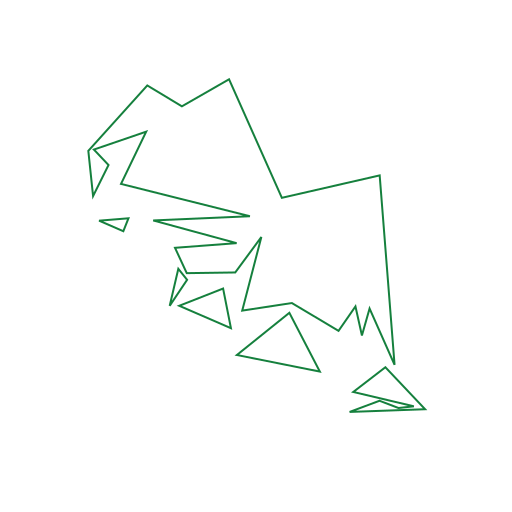 the County of Troms, rotated 254°
{"feature_id": "NOR-900", "entity_name": "Troms", "entity_type": "County", "adm_level": 1, "iso_a3": "NOR", "parent_name": "Norway", "parent_adm1": "", "projection": "albers", "projection_center": [18.955, 69.32], "detail": "coarse", "context": "isolated", "style": "outline", "palette": "green", "viewbox_px": 512, "rotation_deg": 254, "n_neighbors": 0, "source": "natural_earth", "source_scale": "10m", "svg_char_len": 764}
<svg xmlns="http://www.w3.org/2000/svg" viewBox="0 0 512 512"><g transform="rotate(254 256 256)"><path d="M433.3,278.8L304.8,296.9L299.4,397.1L113.2,359.2L174.2,350.7L150.4,335.9L180.1,337.7L161.3,314.7L200.9,277.5L207.3,227.7L272.8,266.4L245.9,231.5L258.6,184.7L286.2,180.4L273.7,240.9L318.5,167.0L295.9,261.1L362.5,146.1L405.8,184.7L403.0,129.5L384.1,139.3L358.5,115.9L403.3,123.8L449.9,198.5L420.3,226.0L433.3,278.8ZM166.1,210.3L192.2,272.4L127.3,285.5L166.1,210.3ZM80.3,303.0L82.8,334.8L70.6,351.1L68.0,366.3L98.5,312.0L113.4,349.7L62.1,376.3L80.3,303.0ZM229.3,168.5L233.8,215.4L193.5,212.0L229.3,168.5ZM231.9,159.3L265.1,177.8L252.1,183.2L231.9,159.3ZM333.2,114.9L327.4,143.8L316.4,135.3L333.2,114.9Z" fill="none" stroke="#15803d" stroke-width="2"/></g></svg>